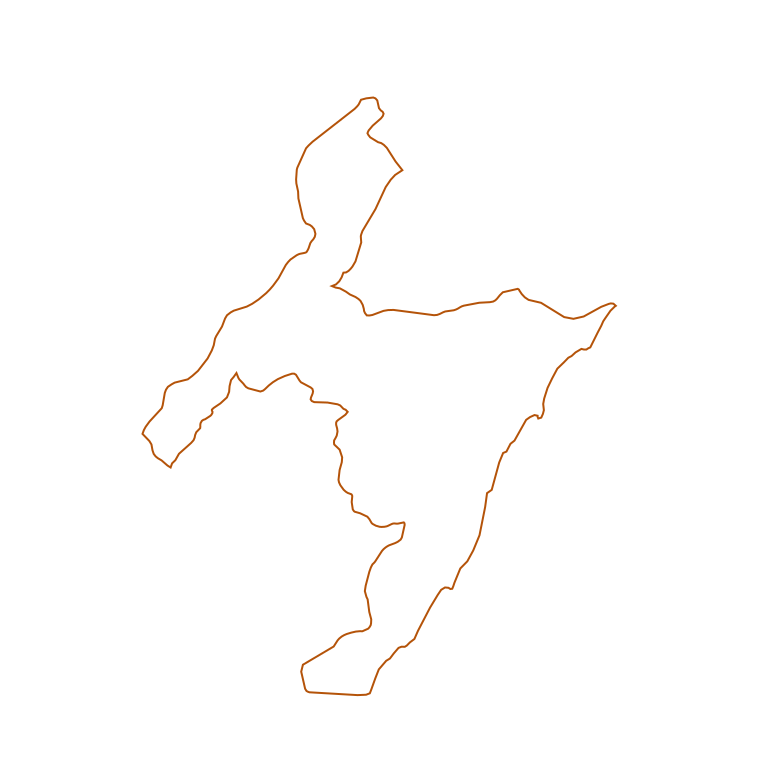 an SVG outline of La Libertad, rotated 236°
{"feature_id": "PER-580", "entity_name": "La Libertad", "entity_type": "Department", "adm_level": 1, "iso_a3": "PER", "parent_name": "Peru", "parent_adm1": "", "projection": "equal_earth", "projection_center": [-78.244, -7.962], "detail": "fine", "context": "isolated", "style": "outline", "palette": "amber", "viewbox_px": 768, "rotation_deg": 236, "n_neighbors": 0, "source": "natural_earth", "source_scale": "10m", "svg_char_len": 4822}
<svg xmlns="http://www.w3.org/2000/svg" viewBox="0 0 768 768"><g transform="rotate(236 384 384)"><path d="M319.2,619.9L319.2,618.7L318.1,612.7L316.7,609.1L314.8,604.2L313.4,600.8L310.8,596.7L307.2,590.0L299.0,575.5L299.4,573.3L299.4,571.1L300.7,569.1L302.7,567.3L303.1,560.5L302.3,555.1L302.7,551.5L301.4,545.4L299.8,536.3L294.6,526.5L289.3,517.4L282.4,508.7L278.4,504.8L272.9,501.9L270.4,499.1L268.2,495.6L269.1,492.6L270.9,493.0L271.8,493.6L274.1,491.4L274.9,486.6L274.8,481.8L264.1,460.5L263.7,455.4L259.5,447.7L260.2,444.2L254.5,435.6L236.0,414.1L235.9,408.4L225.5,399.1L205.2,378.6L196.1,364.9L190.4,353.9L188.4,344.1L179.8,331.2L177.7,328.5L176.1,326.1L176.9,324.4L179.0,323.5L181.2,320.8L181.4,316.3L179.1,310.6L172.9,297.2L160.4,274.2L155.6,266.6L155.3,261.0L154.4,256.6L154.5,254.3L156.4,251.6L157.1,248.5L155.2,241.5L153.1,235.4L153.3,231.0L150.3,220.1L144.7,212.0L137.8,202.6L135.5,199.3L136.4,195.4L140.8,188.2L170.1,149.8L171.3,148.9L172.8,148.1L175.5,148.2L191.8,154.5L196.6,159.8L194.5,195.5L197.4,202.2L198.0,204.5L198.3,207.7L198.1,210.5L197.6,213.2L196.2,217.8L194.5,222.2L192.6,225.7L191.1,227.8L190.0,234.1L190.5,236.0L191.5,238.1L192.9,239.5L196.0,241.8L203.2,244.3L214.6,250.0L217.3,250.4L223.0,252.3L227.1,256.1L236.5,266.8L239.3,270.6L240.9,273.5L241.3,275.7L241.7,277.2L246.7,288.9L247.3,291.2L247.6,293.8L247.6,296.1L247.4,298.1L245.9,304.2L245.5,307.1L245.7,310.8L246.8,313.0L255.6,322.3L257.1,323.1L258.2,323.0L260.4,317.6L260.9,316.7L261.6,315.8L262.2,315.1L262.8,314.3L263.3,313.3L263.6,312.1L264.2,307.9L264.5,306.6L265.4,304.5L266.9,302.0L268.1,300.5L271.1,298.0L274.4,296.3L275.2,296.1L275.7,296.0L280.2,296.3L283.3,296.0L290.2,291.9L294.5,288.3L295.4,288.0L297.5,288.0L304.2,291.2L308.4,294.7L309.5,295.3L310.8,295.3L314.0,293.0L316.1,292.1L318.9,291.4L324.4,291.2L327.6,291.7L330.0,292.7L337.5,299.1L342.8,305.3L346.6,308.3L354.4,310.5L361.7,308.9L363.3,309.7L365.1,311.1L366.2,313.4L367.6,315.9L370.6,318.9L373.4,320.3L376.9,321.5L378.6,322.6L379.5,323.8L379.8,326.0L380.1,334.8L381.2,338.3L384.1,337.8L386.1,336.5L390.7,335.7L393.1,334.2L400.2,326.8L408.0,316.0L410.3,314.6L412.3,314.6L413.6,315.9L416.0,319.5L417.6,321.1L419.9,321.9L422.1,321.3L431.9,316.1L434.2,315.9L440.9,316.2L442.8,315.3L444.0,313.5L446.1,306.2L447.4,298.7L447.6,292.9L447.2,287.7L446.3,282.5L446.1,280.1L446.9,277.3L456.3,269.1L458.6,268.0L460.9,267.7L462.9,267.6L468.7,266.6L470.5,266.7L475.6,267.8L473.9,263.3L472.8,259.4L468.6,254.8L464.1,251.2L460.7,246.3L459.4,237.5L459.4,229.4L459.0,227.0L458.1,226.4L456.9,226.3L455.8,225.4L454.9,223.4L454.7,222.2L454.8,216.0L455.3,214.2L455.3,212.4L454.1,210.0L452.8,208.8L451.4,207.9L450.2,206.9L449.8,205.1L449.0,201.4L447.3,198.9L445.4,197.0L443.9,194.7L443.0,191.2L440.8,175.0L437.5,168.4L436.7,163.9L434.1,160.4L437.5,158.9L445.0,156.9L449.0,155.0L451.7,154.2L454.8,154.0L458.5,155.0L463.9,157.4L467.9,157.6L477.7,155.9L480.1,159.2L481.8,162.5L484.0,168.6L488.2,186.2L490.1,188.6L499.2,197.3L501.2,200.1L502.5,203.3L502.5,207.7L502.2,211.2L497.6,223.9L497.9,229.5L498.9,237.1L503.8,252.0L508.1,260.0L511.3,264.5L516.1,269.3L517.6,271.8L522.2,281.8L527.2,288.9L528.8,292.3L529.1,297.0L528.8,300.5L524.9,313.5L524.2,319.6L524.2,327.3L525.2,337.1L526.2,342.1L527.5,346.9L530.6,355.6L537.6,369.2L538.8,372.9L539.5,376.1L539.6,383.6L539.3,385.8L538.9,387.2L537.5,390.5L536.9,392.1L536.7,393.0L536.8,393.8L537.6,395.5L538.7,397.4L542.0,401.7L542.9,403.9L543.5,406.3L544.7,408.9L546.8,411.1L551.4,412.7L555.0,412.3L557.4,411.4L560.7,409.1L564.3,409.1L566.9,409.5L585.7,416.8L591.6,420.4L599.3,423.5L602.7,425.5L610.5,431.6L611.8,433.1L623.0,451.2L623.9,454.8L624.8,460.3L628.5,513.5L629.2,517.0L629.9,519.3L632.5,523.9L630.7,529.1L627.5,535.3L625.6,536.6L622.9,537.0L615.5,534.1L612.7,534.3L610.4,535.1L608.3,534.8L606.8,532.8L605.9,530.0L604.5,519.1L602.8,513.1L601.8,511.4L601.1,510.5L599.2,510.3L596.2,510.5L587.8,514.3L585.3,516.4L582.3,517.6L578.2,518.4L562.0,518.0L551.0,518.8L551.1,510.2L549.6,503.8L546.3,495.5L533.8,474.8L522.9,451.7L520.7,448.7L519.6,447.5L517.8,446.4L514.1,444.3L501.6,428.9L499.0,423.5L498.2,420.9L497.6,417.9L497.7,415.0L499.0,412.6L496.1,408.5L494.2,404.4L493.4,399.9L494.3,395.6L490.9,397.9L488.0,400.9L481.8,404.1L477.3,405.8L472.1,409.0L468.7,410.4L466.0,411.0L461.5,410.6L457.6,409.3L455.6,408.3L453.4,407.9L450.5,408.1L448.9,410.3L447.7,413.0L444.9,424.5L443.0,428.7L440.1,433.3L413.1,463.9L411.6,466.6L410.9,469.3L410.4,473.1L409.9,475.3L406.1,483.1L405.5,485.3L405.2,487.3L405.1,489.7L404.9,491.8L404.3,494.0L398.1,508.4L392.6,517.6L391.3,520.6L391.1,523.1L391.5,525.4L392.8,529.6L393.6,533.8L388.1,548.1L386.7,548.7L385.9,548.5L381.5,548.5L377.1,549.2L372.9,550.9L363.5,559.6L338.7,570.8L332.1,577.5L328.3,587.3L326.5,607.3L324.7,615.2L324.0,617.1L322.3,619.1L319.2,619.9Z" fill="none" stroke="#b45309" stroke-width="2"/></g></svg>